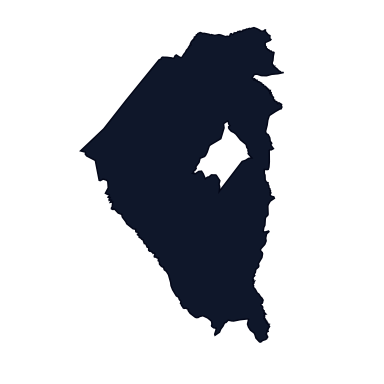 Chimbonila, Niassa, Mozambique, rotated 83°
{"feature_id": "85939544B92418523619922", "entity_name": "Chimbonila", "entity_type": "district", "adm_level": 2, "iso_a3": "MOZ", "parent_name": "Mozambique", "parent_adm1": "Niassa", "projection": "orthographic", "projection_center": [35.277, -13.424], "detail": "fine", "context": "isolated", "style": "filled", "palette": "ink", "viewbox_px": 384, "rotation_deg": 83, "n_neighbors": 0, "source": "geoboundaries", "source_scale": "gbopen_adm2", "svg_char_len": 5985}
<svg xmlns="http://www.w3.org/2000/svg" viewBox="0 0 384 384"><g transform="rotate(83 192 192)"><path d="M208.3,111.0L206.8,111.4L205.9,113.8L204.5,114.8L203.0,114.5L203.0,114.1L202.4,113.8L201.6,114.5L200.5,113.9L199.7,114.3L198.3,114.3L197.2,115.2L195.4,115.0L193.6,115.6L192.0,115.4L191.5,116.9L188.9,117.9L184.1,117.5L182.6,118.0L178.4,117.5L178.9,114.7L178.8,113.6L176.6,112.6L171.5,111.6L160.2,110.3L159.6,109.7L159.8,108.2L158.9,105.9L155.0,108.1L154.5,108.1L153.7,107.0L153.1,107.0L151.1,108.2L147.8,108.2L144.4,109.4L143.1,111.2L140.8,111.6L134.8,109.3L129.9,108.0L126.0,106.2L125.3,105.5L122.4,99.6L120.4,94.9L120.3,93.4L118.6,92.4L117.5,92.9L116.0,92.4L114.0,94.9L114.9,96.0L113.9,96.6L113.1,96.6L112.3,97.7L112.0,98.8L110.8,98.8L110.3,100.0L107.9,99.6L106.7,100.8L105.4,100.8L105.0,102.1L103.6,101.3L102.9,101.3L102.6,101.8L103.0,102.5L100.8,101.9L100.8,103.5L99.6,103.4L99.4,104.3L98.6,104.3L98.2,105.4L97.6,105.1L96.0,106.5L96.2,107.4L94.3,108.0L93.9,109.4L92.7,109.5L90.6,112.3L90.4,113.5L88.9,113.9L89.2,115.0L88.0,115.5L88.3,116.6L87.2,116.4L87.3,117.5L86.3,117.9L86.0,118.5L82.8,115.7L83.1,112.8L84.9,109.1L85.7,103.8L84.9,98.6L85.1,92.3L84.6,86.4L84.1,89.6L83.3,89.6L82.3,91.1L80.0,92.7L78.0,94.8L77.3,94.7L77.6,95.5L75.7,96.1L75.2,96.8L72.9,96.5L71.5,95.7L66.8,94.7L63.7,93.6L63.2,93.9L63.1,95.4L61.7,96.3L61.7,97.3L60.2,98.5L59.9,99.5L59.0,99.9L58.5,100.7L57.8,100.9L57.1,100.6L56.0,101.5L53.3,101.3L52.5,100.8L50.9,95.7L50.2,95.1L49.8,95.8L48.6,96.0L46.3,95.6L45.3,97.2L42.1,99.3L41.3,99.6L40.1,99.4L40.1,100.1L41.0,101.3L41.0,102.4L40.5,104.5L39.7,104.9L37.9,107.6L36.4,110.5L37.0,114.3L36.6,115.1L37.1,117.0L36.9,118.0L37.5,119.2L37.6,121.7L38.5,122.1L38.7,122.7L38.3,124.6L38.9,125.0L38.3,125.4L38.6,125.9L38.3,126.8L39.2,127.8L39.4,130.5L39.2,130.7L40.6,131.6L40.8,132.1L40.7,132.7L39.8,133.3L39.6,134.0L40.0,134.7L42.1,135.7L42.2,136.2L41.7,138.0L41.9,139.9L39.7,144.2L39.1,146.1L39.4,150.3L38.1,153.8L38.6,155.1L37.6,155.7L35.9,160.9L36.3,162.0L35.7,162.4L34.7,164.4L35.5,166.9L36.2,167.3L36.7,168.6L37.7,168.7L38.6,170.7L39.1,170.5L39.8,171.4L40.8,171.3L41.2,171.8L41.0,172.4L42.6,174.2L44.9,175.6L45.8,175.1L45.9,176.0L46.5,176.6L47.3,176.7L47.7,177.7L48.9,178.2L50.5,180.2L52.7,181.6L54.3,183.3L57.0,185.4L57.3,186.1L56.9,187.6L54.1,190.9L54.7,192.1L57.0,193.6L56.9,195.2L56.5,195.6L55.3,200.3L54.6,205.0L54.9,205.6L56.4,206.8L56.8,208.6L93.1,246.3L118.6,271.9L137.6,297.6L139.4,293.0L140.2,292.8L141.3,293.3L143.3,292.2L148.9,284.1L169.1,282.7L169.5,281.6L168.4,278.8L168.6,278.0L169.8,275.5L171.1,274.3L177.7,274.6L182.7,278.1L184.1,276.1L184.1,275.2L184.7,274.4L185.8,274.6L186.3,275.5L187.0,275.9L187.5,274.0L189.1,275.2L190.2,275.2L190.0,274.3L190.4,273.0L192.3,274.4L192.2,271.9L197.0,273.0L198.1,273.9L198.9,274.0L199.7,272.6L199.1,272.0L199.6,271.5L199.5,271.0L203.9,267.8L205.7,264.4L206.3,264.1L206.9,264.4L208.6,264.1L213.4,261.3L215.6,260.6L221.3,255.0L222.1,252.5L224.1,252.6L225.0,252.2L224.9,251.2L226.4,249.9L227.0,250.1L227.3,251.3L227.8,251.3L228.9,249.8L230.4,250.0L231.6,248.4L232.9,247.5L233.5,246.4L237.4,245.6L237.6,244.6L238.4,244.0L241.3,243.2L241.7,241.8L244.6,242.1L245.6,241.3L245.7,240.0L246.5,239.5L246.9,238.7L248.2,238.1L247.8,237.3L248.3,236.5L249.4,236.4L251.1,237.3L251.9,237.2L252.4,235.2L253.3,234.6L253.5,233.2L256.1,233.9L256.8,232.9L259.7,233.0L261.9,231.5L262.8,230.5L263.0,229.4L265.8,229.0L267.6,227.1L271.2,225.4L279.1,224.2L282.5,224.2L286.7,223.1L293.2,220.2L294.8,218.1L297.1,217.7L299.3,216.2L301.2,217.0L302.1,216.3L303.6,216.1L304.6,215.2L305.8,215.0L306.5,214.1L306.6,211.7L307.5,211.0L307.9,209.9L309.2,210.2L312.2,208.6L316.7,204.0L317.2,203.0L317.3,201.3L316.5,199.4L316.1,196.3L318.8,191.9L321.3,189.5L322.8,188.3L325.7,188.3L327.0,188.9L327.7,188.8L329.4,187.1L330.1,184.7L331.8,184.9L335.9,186.8L337.0,186.6L334.5,181.8L331.5,180.1L328.9,177.6L325.9,175.7L325.6,174.1L323.6,171.6L324.8,168.2L325.1,166.3L324.6,159.8L324.7,152.5L325.3,151.4L329.9,153.0L332.9,152.4L336.3,150.8L339.4,147.6L340.9,147.0L344.8,146.3L348.8,143.4L349.3,142.7L348.9,141.1L348.1,140.7L347.4,137.1L346.7,135.7L346.0,135.4L345.5,134.7L344.5,134.6L343.7,135.2L343.1,135.1L342.4,135.8L339.7,134.5L339.6,133.4L339.0,133.5L338.6,134.2L337.2,133.0L336.4,133.0L336.3,132.5L334.9,131.4L333.2,132.3L332.7,131.6L332.2,132.8L331.2,132.9L331.1,133.9L330.8,134.1L330.1,133.4L329.1,133.7L329.2,134.2L328.3,134.9L327.5,134.5L326.8,134.9L326.4,135.9L324.7,135.1L323.9,135.6L322.6,134.5L321.8,135.0L322.0,133.7L320.1,135.1L318.7,134.9L318.2,135.6L317.0,135.9L316.6,136.4L314.9,135.8L313.8,136.2L312.9,137.4L312.2,137.5L311.1,136.7L311.0,135.9L309.5,135.1L308.5,135.6L308.0,134.6L305.7,135.6L304.3,136.8L301.5,138.1L300.1,139.6L296.2,141.1L294.1,142.6L292.2,142.3L290.8,142.9L289.8,141.5L288.8,141.6L288.3,141.1L288.4,142.0L287.3,142.4L287.2,141.7L286.8,141.5L285.9,142.1L284.1,141.7L282.6,139.9L281.5,140.4L280.9,140.3L279.7,139.0L276.6,138.1L274.6,135.2L273.6,134.7L271.0,134.8L265.6,130.6L261.9,129.5L260.6,129.7L259.0,131.0L257.5,131.0L256.7,130.6L252.9,126.2L249.6,124.4L246.8,124.5L243.2,123.3L242.5,122.9L240.8,120.5L240.1,120.8L240.6,124.0L240.4,125.5L239.6,126.1L236.0,125.1L233.8,123.7L227.3,122.5L225.7,121.6L224.5,119.8L223.4,119.2L215.6,118.5L213.9,118.0L210.6,115.5L208.3,111.0ZM160.8,131.6L165.5,128.4L165.5,131.7L167.1,135.0L167.8,138.5L194.8,164.9L190.6,163.9L187.4,164.2L184.2,163.0L178.3,165.9L177.9,166.7L177.4,170.7L178.3,172.2L179.0,172.6L179.2,174.9L180.6,177.2L175.5,178.6L172.5,180.0L172.4,182.8L174.4,186.6L173.5,189.1L172.8,187.9L172.1,188.2L171.2,187.7L171.0,186.7L169.3,185.1L168.8,184.9L167.8,185.5L163.4,181.4L159.5,179.9L158.3,175.3L157.4,174.2L154.3,172.1L148.4,169.3L147.5,168.1L142.6,156.9L132.3,152.4L128.4,152.4L127.7,151.8L125.9,148.2L126.2,147.5L129.1,147.2L130.8,146.1L131.7,147.7L132.9,147.8L134.1,147.3L136.4,145.7L138.2,143.0L140.1,141.2L146.2,137.5L151.4,132.5L154.7,132.1L155.8,131.3L156.6,131.1L157.4,131.4L160.1,131.1L160.8,131.6Z" fill="#0f172a" stroke="#020617" stroke-width="1.5"/></g></svg>